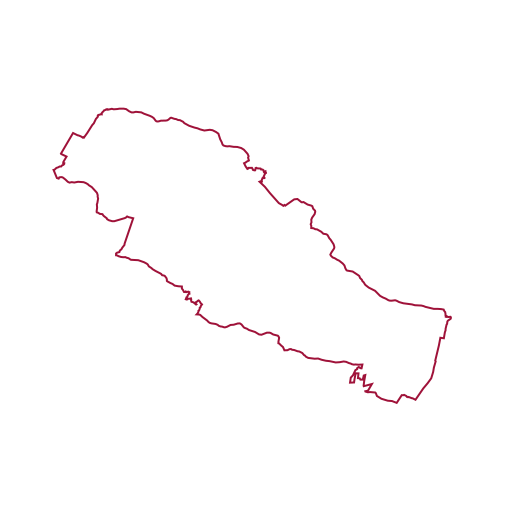 Dragotesti, Gorj, Romania, rotated 163°
{"feature_id": "2599482B98369166749255", "entity_name": "Dragotesti", "entity_type": "district", "adm_level": 2, "iso_a3": "ROU", "parent_name": "Romania", "parent_adm1": "Gorj", "projection": "natural_earth1", "projection_center": [23.147, 44.809], "detail": "fine", "context": "isolated", "style": "outline", "palette": "rose", "viewbox_px": 512, "rotation_deg": 163, "n_neighbors": 0, "source": "geoboundaries", "source_scale": "gbopen_adm2", "svg_char_len": 6113}
<svg xmlns="http://www.w3.org/2000/svg" viewBox="0 0 512 512"><g transform="rotate(163 256 256)"><path d="M423.6,388.8L422.1,387.7L421.1,388.7L419.2,388.4L418.2,387.9L417.5,387.2L415.8,384.7L414.3,382.0L412.9,380.7L410.6,380.5L408.3,379.4L404.5,379.0L399.3,377.0L397.5,375.6L395.8,373.8L395.2,372.6L392.9,369.9L389.8,363.3L389.6,362.6L389.6,360.4L390.1,359.0L390.2,357.1L392.2,353.1L393.1,351.9L393.8,348.7L395.4,345.2L395.5,344.3L394.2,343.4L393.1,342.0L390.6,340.9L390.3,339.7L389.8,338.7L387.7,335.7L387.6,334.7L386.1,333.1L383.3,331.3L381.2,330.7L370.8,330.6L369.4,330.7L367.7,331.5L366.5,330.4L362.4,328.0L378.0,306.3L378.6,305.0L381.4,303.1L382.7,301.8L384.6,301.0L385.5,299.7L387.9,299.8L389.1,299.3L389.6,297.6L388.7,297.2L387.5,296.0L385.3,294.5L383.2,293.6L381.2,293.1L380.4,292.3L378.5,291.1L377.1,289.3L376.6,288.9L369.8,286.4L364.9,282.8L362.8,280.7L362.0,279.6L361.5,277.4L359.5,275.0L358.8,273.7L356.5,271.1L352.8,267.5L351.9,266.5L351.4,265.1L349.7,264.2L349.0,263.5L348.1,261.0L348.1,259.7L348.5,258.3L348.4,257.9L345.7,255.1L344.0,253.7L342.5,251.5L339.2,249.8L335.8,248.5L336.4,246.5L335.7,244.7L335.4,242.7L334.3,242.2L333.5,242.6L333.0,241.8L331.1,241.7L330.3,240.9L330.8,240.2L330.7,239.4L331.5,239.3L332.8,238.4L333.0,237.8L335.1,236.1L335.8,235.2L335.5,235.0L335.3,235.4L335.1,234.8L334.7,234.7L334.6,235.4L334.0,235.5L333.0,234.8L331.7,234.5L330.6,234.5L330.6,233.5L331.0,232.8L331.1,231.1L329.4,230.0L327.5,227.1L327.1,227.2L327.7,228.4L327.2,229.4L326.3,229.4L324.7,230.2L323.8,230.3L323.1,228.9L322.6,226.8L321.8,225.5L323.4,224.3L324.1,223.2L324.9,223.0L325.1,222.3L326.2,220.8L327.1,220.4L327.2,219.7L328.6,218.2L329.8,217.5L327.4,216.6L326.5,215.9L325.1,213.4L321.6,208.6L320.8,206.9L319.9,205.7L318.5,204.7L314.5,202.8L312.8,201.4L312.0,200.1L310.5,199.0L309.1,198.4L307.3,197.1L306.4,196.8L304.4,196.8L300.5,197.5L297.4,196.8L293.2,196.8L291.2,196.3L289.9,194.8L288.5,191.3L287.9,190.6L285.9,189.1L284.4,187.3L279.1,183.6L276.0,180.1L273.8,179.1L268.0,179.5L265.6,178.8L264.5,178.1L262.5,175.9L258.4,173.4L258.0,172.5L257.8,171.0L259.6,167.5L260.1,166.0L259.4,165.5L258.2,163.2L256.8,161.0L256.4,157.5L253.4,156.7L251.3,157.1L249.8,156.8L248.9,155.8L246.9,154.9L244.2,152.8L242.5,152.0L240.1,149.7L239.0,147.1L238.3,146.5L237.7,145.1L235.9,143.3L229.9,140.6L226.6,139.8L223.6,137.6L219.8,135.4L216.3,133.9L210.9,130.9L207.1,130.0L203.0,129.5L200.7,128.4L198.4,126.4L196.8,125.4L196.1,124.6L194.2,123.5L192.6,123.2L189.9,122.1L186.0,121.1L187.9,117.7L188.3,117.8L189.2,118.5L189.3,119.1L190.4,119.8L192.1,119.1L192.2,118.4L192.5,118.2L194.3,117.8L198.2,113.5L200.9,112.0L203.1,107.4L199.2,106.4L197.8,109.4L195.0,114.7L192.3,113.8L194.2,109.4L192.6,108.7L192.3,107.3L190.0,106.6L187.9,110.2L186.3,110.2L189.0,105.0L191.0,100.5L191.0,100.0L182.6,99.7L187.8,94.9L188.8,94.5L191.0,94.7L191.0,94.4L188.9,93.0L186.6,92.5L181.9,90.6L181.5,89.8L181.3,86.8L177.8,82.8L172.3,79.1L168.3,77.5L164.4,74.4L157.3,80.3L155.9,79.8L155.0,79.9L153.2,78.2L152.9,77.2L152.3,77.0L151.9,76.5L151.3,76.6L148.5,74.4L147.9,74.2L145.5,71.9L134.7,80.5L129.0,84.2L124.2,87.8L120.5,93.3L118.5,97.3L115.0,102.7L115.2,103.5L107.3,116.9L103.6,123.9L100.4,122.4L97.7,127.8L96.4,129.6L96.0,130.9L93.8,134.7L93.1,135.2L92.2,137.3L91.5,138.0L88.3,139.0L87.7,139.8L87.6,140.5L87.8,141.0L90.3,141.5L91.1,142.6L91.8,142.1L92.3,142.4L92.0,143.1L92.2,143.5L91.7,145.3L91.5,147.1L92.0,148.2L92.2,149.9L94.5,151.1L97.9,152.4L101.5,153.5L108.8,157.8L110.4,159.1L112.4,160.3L118.5,162.5L121.0,164.1L128.9,167.7L132.6,170.1L134.6,172.1L135.9,173.0L139.4,173.6L141.1,174.2L142.3,175.0L144.5,177.4L146.7,179.2L149.0,181.6L152.3,187.9L157.4,192.8L159.7,196.1L160.1,196.9L160.7,199.3L161.6,200.9L161.7,202.3L162.9,204.5L163.1,206.7L163.8,207.7L168.1,212.9L173.1,215.4L173.6,215.9L174.1,217.9L174.2,221.1L175.2,223.4L177.9,227.3L179.5,228.7L181.3,230.8L183.1,232.2L184.3,234.4L184.5,235.6L183.0,237.2L179.2,240.3L178.6,241.2L178.4,242.3L178.4,244.6L179.9,249.8L180.7,251.5L181.4,254.9L181.8,255.6L182.5,256.3L185.1,257.6L186.5,260.1L189.8,263.6L191.5,264.3L192.9,265.7L195.0,266.6L194.3,268.7L194.4,270.4L193.1,272.0L192.5,274.6L191.1,276.3L187.7,278.9L186.4,281.0L186.3,282.1L187.5,284.5L187.6,287.2L188.5,288.1L191.6,290.1L194.8,293.7L196.4,293.9L196.9,294.3L199.7,298.4L202.9,299.0L213.3,295.6L213.9,296.5L215.2,296.0L216.2,297.3L218.7,299.9L224.3,312.1L227.3,319.6L230.9,326.0L229.8,326.1L229.4,326.0L229.1,325.4L228.6,325.4L228.4,326.8L227.0,328.6L226.1,328.9L225.6,328.1L225.1,328.1L225.0,328.5L225.5,329.4L225.5,329.7L223.6,331.7L223.5,332.3L222.2,332.5L222.1,333.1L222.9,333.6L222.5,334.3L223.9,334.3L223.8,335.9L224.4,336.7L225.9,337.3L225.9,338.0L226.1,338.3L229.0,339.4L230.0,340.3L230.7,340.2L231.4,338.6L231.8,338.2L232.6,338.4L233.8,339.3L233.8,340.5L234.1,341.5L237.4,342.5L237.9,341.9L238.8,341.8L239.7,344.6L240.3,348.2L238.3,348.5L237.6,348.9L234.9,349.4L234.8,352.4L234.0,353.4L233.9,353.8L234.2,356.2L236.5,361.2L238.6,363.6L242.1,365.8L245.4,366.9L249.3,368.8L251.3,369.2L253.1,370.0L254.8,371.2L255.4,372.4L255.5,374.8L256.1,378.1L256.2,384.0L258.0,386.3L260.8,389.0L263.3,390.2L268.7,391.1L272.4,393.4L274.6,395.2L277.3,396.8L281.9,400.1L285.7,404.0L286.5,405.7L289.1,408.2L290.7,408.8L292.4,410.3L293.9,411.0L296.6,413.0L297.4,413.1L299.8,412.0L301.2,411.7L302.8,411.9L307.3,413.2L309.9,413.2L311.3,413.6L311.9,414.0L312.4,414.7L313.5,417.8L314.9,419.6L316.7,421.2L321.5,424.8L323.7,426.9L328.7,429.0L331.5,429.2L333.0,429.7L335.0,431.5L337.2,434.4L339.3,435.5L343.4,436.8L345.7,437.1L349.2,437.9L350.8,438.9L354.9,439.2L355.1,439.3L355.1,439.8L356.3,440.1L356.8,439.7L358.7,439.7L359.5,439.0L360.6,438.6L361.1,438.0L361.7,437.8L362.2,437.2L362.2,436.6L363.4,437.0L364.1,436.8L365.6,437.0L366.4,436.3L366.4,435.7L366.7,435.3L369.0,433.9L372.3,430.3L374.3,429.1L381.5,422.9L386.0,419.5L386.5,420.2L387.1,419.9L388.5,421.6L390.5,423.2L391.3,423.6L395.0,427.1L412.6,410.9L412.4,410.4L408.1,406.5L412.7,402.3L413.2,401.3L412.2,400.8L412.5,400.1L413.5,399.5L414.9,399.4L416.1,398.6L417.5,399.0L419.6,398.6L421.1,398.6L423.5,397.4L424.4,397.5L423.6,388.8Z" fill="none" stroke="#9f1239" stroke-width="2"/></g></svg>